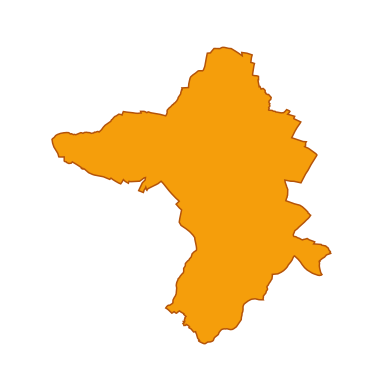 the district of Apoldu De Jos, Sibiu, Romania, rotated 189°
{"feature_id": "2599482B80267229477921", "entity_name": "Apoldu De Jos", "entity_type": "district", "adm_level": 2, "iso_a3": "ROU", "parent_name": "Romania", "parent_adm1": "Sibiu", "projection": "natural_earth1", "projection_center": [23.854, 45.907], "detail": "fine", "context": "isolated", "style": "filled", "palette": "amber", "viewbox_px": 384, "rotation_deg": 189, "n_neighbors": 0, "source": "geoboundaries", "source_scale": "gbopen_adm2", "svg_char_len": 5948}
<svg xmlns="http://www.w3.org/2000/svg" viewBox="0 0 384 384"><g transform="rotate(189 192 192)"><path d="M335.5,226.4L336.6,224.4L338.1,222.8L338.5,222.1L337.3,218.4L335.4,214.8L330.7,209.3L329.9,207.8L329.1,205.9L328.0,205.9L323.7,206.6L323.1,202.7L322.8,202.4L322.0,202.1L320.9,202.1L320.3,201.5L318.2,200.9L317.7,201.0L315.8,201.6L314.9,203.0L309.9,201.0L306.3,199.4L305.3,198.9L305.2,198.3L304.7,197.9L304.3,197.8L303.9,198.3L303.5,198.3L303.2,197.6L301.9,197.9L297.1,194.9L293.0,193.8L291.1,193.5L281.9,193.2L275.2,191.6L274.2,193.0L272.3,192.0L269.3,190.7L265.8,189.4L263.7,188.9L262.6,191.1L261.7,193.5L259.6,192.0L256.2,190.7L255.9,192.7L254.2,192.6L245.3,194.5L241.4,198.5L240.2,199.0L240.2,196.5L242.5,193.3L244.9,185.0L240.0,183.9L239.7,185.2L239.8,185.8L239.2,187.4L238.8,187.7L238.4,189.5L237.2,186.9L236.8,186.6L236.6,187.2L235.9,188.5L226.9,194.9L224.2,197.8L221.8,196.0L215.0,189.8L211.9,187.2L207.2,183.6L203.2,180.9L205.8,177.5L202.1,174.4L199.5,172.7L199.9,163.7L199.9,160.2L197.6,157.3L192.0,154.7L188.1,152.5L184.2,149.5L182.1,147.3L181.9,146.1L179.3,139.2L178.7,137.1L178.5,135.6L178.6,135.0L180.6,133.2L182.2,131.0L182.6,128.0L182.8,127.4L184.0,125.6L184.3,124.5L185.6,123.1L187.3,120.4L187.3,120.0L187.1,118.3L187.3,117.4L188.3,115.3L187.8,112.3L187.9,110.9L188.7,110.0L190.5,107.0L191.0,105.6L192.1,104.2L192.2,103.0L192.9,100.4L193.0,98.5L192.9,97.0L192.1,94.8L191.7,88.9L192.3,86.4L192.9,85.3L193.8,82.5L193.8,81.7L193.5,79.6L194.3,78.5L196.3,76.7L197.4,76.5L198.1,76.1L199.1,74.8L199.8,73.3L198.3,72.7L196.7,71.8L193.0,69.2L192.2,69.7L191.4,70.7L190.9,71.0L189.3,70.0L188.3,69.9L187.1,71.3L185.8,72.6L184.6,71.9L181.0,70.5L181.1,70.0L181.0,69.8L178.5,68.2L179.3,67.0L179.0,66.4L179.3,65.9L179.5,64.9L179.0,63.2L180.3,62.8L179.2,61.7L180.4,60.8L179.6,59.9L179.1,58.9L177.3,59.3L177.0,60.3L175.7,59.9L174.5,59.3L173.4,58.4L173.8,57.5L171.5,56.6L168.5,54.0L166.6,54.6L166.2,53.6L165.4,52.5L163.6,48.6L163.0,48.0L161.5,46.7L162.0,46.4L162.2,46.1L162.1,45.9L160.6,45.2L157.6,44.3L156.5,44.1L155.4,44.2L154.6,44.8L153.1,46.2L150.2,46.9L148.8,47.7L148.0,48.4L147.6,49.2L147.4,50.6L147.1,51.4L146.7,52.1L144.1,54.9L143.7,55.5L143.3,57.5L142.0,59.8L141.1,60.9L138.9,61.9L137.8,61.9L136.0,62.4L132.7,62.1L130.9,62.5L129.6,63.3L127.1,65.8L123.4,73.6L123.6,75.9L123.4,78.3L123.6,80.1L123.2,81.6L123.2,83.8L123.7,86.7L123.5,88.0L123.1,89.3L122.2,90.4L119.5,93.2L117.1,95.0L116.1,95.5L112.9,96.4L108.8,96.1L104.7,96.7L105.1,97.3L105.0,98.9L105.2,100.5L103.3,103.7L103.0,106.0L102.2,107.4L102.4,108.6L103.1,109.6L103.1,110.6L102.2,111.9L101.6,113.9L100.6,115.8L100.1,117.3L99.4,118.7L99.5,119.4L99.5,121.7L99.8,123.2L94.4,124.6L91.4,126.7L89.3,128.6L87.4,131.0L86.2,133.0L85.5,135.0L83.7,138.0L82.5,140.5L81.8,143.3L81.0,144.8L80.7,144.9L76.8,142.3L74.1,140.0L71.8,137.5L69.0,134.9L66.1,133.0L60.6,130.7L58.5,130.2L54.6,129.5L53.2,129.5L51.5,130.0L50.7,130.8L51.8,131.9L52.6,133.3L54.0,136.7L54.7,138.9L54.9,141.5L55.5,143.4L54.8,143.7L55.1,144.2L52.9,146.7L50.9,148.4L49.3,150.9L45.5,153.0L46.3,153.6L45.8,154.3L46.0,154.7L47.8,156.3L48.5,157.7L49.2,158.3L51.1,159.2L51.4,159.6L55.6,159.8L56.2,160.4L63.7,159.8L63.3,160.6L63.0,162.0L68.7,163.1L71.0,164.1L72.9,163.1L74.2,162.7L75.3,162.0L76.9,162.3L78.5,163.0L80.9,163.4L81.6,163.8L82.6,164.1L84.4,164.0L85.0,164.7L85.3,166.1L84.8,167.8L84.4,169.9L82.1,172.3L81.2,173.7L76.2,179.9L74.6,182.2L73.1,184.0L72.0,185.8L71.2,187.6L72.3,188.1L73.1,189.0L74.2,189.5L74.4,190.3L77.2,192.4L80.6,194.6L83.4,195.8L89.3,196.4L98.0,198.1L97.5,201.2L97.2,202.0L97.4,202.8L97.1,203.7L97.8,209.4L98.8,211.2L99.3,211.7L99.5,212.5L101.4,216.0L102.2,218.3L96.4,218.1L93.0,218.5L85.8,218.1L82.6,227.7L80.8,231.7L78.7,237.7L74.5,247.6L74.4,248.1L75.6,249.2L83.7,253.3L87.8,254.4L87.3,255.0L87.1,256.3L87.4,256.9L87.4,258.4L87.0,259.5L90.2,259.2L102.0,261.2L99.8,268.2L98.3,272.1L96.2,276.4L95.5,278.2L102.8,280.3L103.0,280.5L103.0,280.8L102.4,282.8L109.7,283.8L108.4,285.7L107.9,287.0L108.8,287.5L111.4,288.2L112.7,286.1L113.9,284.7L116.2,284.1L120.5,284.2L121.5,284.1L122.7,284.7L124.1,284.5L125.6,285.1L128.9,284.8L129.2,285.0L129.2,285.3L128.9,286.6L129.5,287.4L129.2,288.0L128.7,288.5L128.6,289.1L128.7,289.7L129.3,290.5L128.9,291.4L129.7,292.0L130.2,292.9L129.9,294.4L128.7,295.7L128.6,297.8L131.6,300.3L132.6,300.1L134.2,300.6L134.5,300.8L134.5,301.3L135.4,301.9L135.5,303.4L136.3,304.4L138.0,305.4L139.9,304.5L141.2,306.6L141.5,306.9L142.1,306.5L144.1,312.0L144.3,313.0L143.8,313.2L144.4,316.6L146.1,316.9L148.8,316.7L150.4,316.9L150.6,317.6L150.6,322.7L150.6,326.7L150.4,328.7L152.8,329.1L154.2,329.2L154.3,334.0L154.0,336.8L159.4,337.7L164.7,337.6L163.7,334.4L168.6,336.8L175.2,339.6L175.7,339.8L178.2,339.6L182.5,339.9L184.3,339.7L185.4,339.2L186.9,338.0L192.7,337.2L194.9,333.6L195.5,332.3L198.6,331.5L198.8,327.6L199.0,318.4L199.2,317.1L199.8,314.3L200.5,313.4L204.2,312.8L205.0,312.4L207.2,309.9L209.4,307.8L211.2,305.6L211.5,304.9L211.8,303.3L212.1,298.3L211.8,294.6L218.3,293.2L217.8,292.2L218.2,291.7L217.9,291.3L218.2,291.1L218.3,290.7L218.6,288.5L218.6,287.0L220.4,283.2L220.4,282.2L221.3,279.7L222.9,277.2L223.4,277.0L224.3,275.4L224.8,275.3L226.5,272.7L227.6,271.6L229.2,269.1L229.3,268.5L229.3,267.8L229.0,267.3L229.0,266.4L229.2,264.9L229.9,263.1L235.8,263.7L244.3,263.8L245.7,263.9L247.4,264.3L247.9,264.2L249.0,263.3L251.3,264.1L252.4,264.1L255.4,263.6L254.6,262.1L257.9,261.2L260.0,261.0L262.9,261.0L269.0,260.7L272.4,260.7L273.2,257.1L273.8,257.4L276.5,257.4L278.7,255.3L279.8,254.7L280.9,253.4L282.1,251.3L282.8,250.7L283.2,249.4L283.4,249.0L288.3,244.3L289.8,242.0L291.2,239.2L293.2,236.7L293.7,237.0L294.8,237.0L296.9,235.8L297.8,235.8L298.3,235.0L300.8,234.1L301.4,234.4L302.6,234.6L303.3,234.6L303.8,234.4L305.4,234.5L307.5,234.0L308.9,232.9L310.1,233.2L311.1,233.2L315.7,230.4L317.3,230.5L318.1,230.1L320.2,230.7L321.2,230.3L322.5,231.1L323.3,231.3L325.2,231.1L328.0,230.4L331.1,229.3L334.0,227.7L335.5,226.4Z" fill="#f59e0b" stroke="#b45309" stroke-width="1.5"/></g></svg>